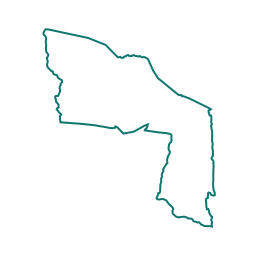 outline of Cansanção, Bahia, Brazil, rotated 10°
{"feature_id": "56859067B78734570227472", "entity_name": "Cansanção", "entity_type": "district", "adm_level": 2, "iso_a3": "BRA", "parent_name": "Brazil", "parent_adm1": "Bahia", "projection": "mercator", "projection_center": [-39.43, -10.77], "detail": "fine", "context": "isolated", "style": "outline", "palette": "teal", "viewbox_px": 256, "rotation_deg": 10, "n_neighbors": 0, "source": "geoboundaries", "source_scale": "gbopen_adm2", "svg_char_len": 4075}
<svg xmlns="http://www.w3.org/2000/svg" viewBox="0 0 256 256"><g transform="rotate(10 128 128)"><path d="M227.7,210.5L227.1,208.3L227.1,206.6L226.8,205.4L226.0,204.2L225.9,203.1L226.3,202.0L226.3,200.9L224.8,200.0L223.7,198.6L222.9,197.8L222.5,196.2L221.8,194.9L221.1,193.9L219.8,194.3L219.2,192.7L218.7,191.6L218.5,190.2L218.1,188.5L217.8,187.3L217.2,185.6L217.3,184.0L218.8,183.0L218.6,181.7L218.5,180.2L218.1,178.6L218.6,177.6L220.2,177.6L221.0,179.0L222.3,179.7L223.6,179.8L225.1,179.1L224.8,177.3L224.3,176.1L223.6,175.1L222.8,173.9L222.7,172.6L222.1,170.9L221.7,169.5L221.5,167.9L221.3,166.7L221.1,165.2L221.0,163.8L220.6,162.0L220.4,160.9L220.1,159.2L219.9,157.9L219.7,156.8L219.6,155.5L219.4,154.3L219.1,153.1L219.1,151.8L218.9,150.7L218.6,149.5L218.2,147.9L218.1,146.3L217.5,145.3L216.0,144.3L215.4,143.2L215.8,142.0L216.4,140.9L216.3,139.5L216.0,138.0L215.5,136.2L215.4,135.0L214.8,134.0L214.5,133.0L214.2,131.6L214.4,130.5L214.1,128.9L213.5,127.1L212.9,125.7L212.8,124.2L212.5,122.8L212.2,120.9L211.8,118.7L211.5,116.7L210.6,114.8L210.0,112.8L209.4,111.5L209.9,110.3L209.7,109.0L208.9,107.9L208.8,106.6L208.6,105.0L208.4,103.6L208.1,102.4L207.5,101.3L206.2,101.5L205.6,100.0L204.6,98.4L204.3,96.9L205.5,96.0L206.3,95.1L200.4,93.2L183.0,88.2L177.3,87.1L175.8,87.4L174.9,86.3L173.0,86.7L171.8,86.5L160.2,80.1L156.5,78.0L148.8,73.7L142.6,66.8L136.0,57.0L135.0,56.2L133.8,55.9L132.7,55.5L131.5,55.3L130.1,55.9L128.6,55.7L127.1,55.0L126.2,55.7L124.8,55.8L123.8,55.6L122.7,55.8L121.5,55.2L120.5,55.3L119.5,56.3L118.5,56.5L117.6,57.0L116.5,56.8L115.6,56.1L114.3,56.6L113.5,57.7L112.4,58.0L111.1,59.5L109.3,60.1L108.1,59.3L107.0,59.8L105.9,60.2L100.1,56.2L91.6,50.1L73.4,46.3L68.7,46.1L61.4,45.8L59.8,45.8L33.4,44.8L29.8,45.0L29.1,46.6L28.3,48.2L28.3,49.6L28.9,50.6L30.4,51.7L31.3,52.7L31.8,53.6L32.0,55.2L32.0,57.4L32.5,59.2L33.1,60.7L33.2,62.7L33.4,64.4L33.9,65.6L34.1,66.7L34.7,67.7L35.9,68.6L36.9,69.9L36.6,71.7L36.1,72.7L36.0,73.7L37.1,75.4L37.5,77.6L37.2,79.4L37.6,81.0L38.5,82.2L39.6,83.1L40.7,83.8L42.2,85.0L44.1,85.4L44.6,86.7L45.4,87.9L47.0,88.2L48.9,88.4L49.8,89.9L50.5,90.6L51.6,91.4L52.8,91.9L54.0,92.1L55.0,93.1L55.2,94.5L54.4,95.3L54.0,96.6L54.1,97.8L53.7,98.9L53.7,100.6L54.4,101.9L54.7,103.4L54.5,104.8L54.2,105.9L53.9,107.3L53.6,108.5L52.5,108.7L51.4,109.0L50.8,109.8L51.1,111.1L51.9,112.3L52.3,113.3L52.7,114.8L53.9,115.6L54.8,116.3L55.7,117.2L55.7,118.5L56.1,119.8L55.1,120.6L54.5,122.0L55.9,123.1L56.9,124.2L58.0,125.0L59.2,125.8L59.9,126.6L59.1,127.6L58.8,128.7L59.5,130.1L59.5,131.4L60.0,132.4L60.5,134.1L79.4,132.2L80.7,132.1L94.3,131.1L100.5,131.1L103.5,131.0L108.1,131.1L110.1,131.1L112.6,130.9L115.0,130.1L115.2,128.7L117.4,129.2L118.9,130.3L119.8,130.9L121.8,132.4L124.5,134.3L134.6,130.5L135.7,129.5L143.9,122.8L147.0,121.0L146.7,122.8L146.6,124.1L146.2,125.3L145.3,126.2L145.0,127.4L158.9,127.0L166.4,126.4L171.1,126.6L171.9,127.5L172.3,128.4L172.3,130.0L172.7,131.3L173.1,132.9L172.9,134.3L171.9,135.3L171.3,137.0L171.3,138.9L171.4,140.9L172.2,142.7L173.3,144.0L173.4,145.5L173.2,146.6L172.7,147.7L172.4,148.7L172.2,150.1L172.0,151.2L172.1,152.7L172.5,154.5L172.9,155.9L171.9,156.9L171.6,158.0L171.0,159.4L170.3,161.1L169.8,162.7L170.4,164.1L170.0,165.3L169.5,166.8L169.4,168.3L170.0,170.0L169.4,171.6L169.6,172.9L169.8,174.0L170.1,175.5L169.8,177.6L169.7,179.0L170.1,180.5L170.2,182.0L170.5,183.6L170.7,185.1L170.3,186.6L169.1,186.9L169.2,188.5L168.7,190.4L168.3,192.0L169.2,193.0L170.8,193.1L172.1,192.6L173.3,192.2L174.8,191.9L176.1,192.1L177.2,192.3L178.4,192.7L179.3,193.8L180.2,194.5L181.4,195.7L182.5,196.5L183.6,197.1L184.6,197.8L185.8,198.6L186.6,200.2L186.2,202.0L186.5,203.3L186.9,204.5L187.8,205.2L188.8,205.7L189.8,206.4L191.2,207.0L192.4,207.2L193.7,207.2L195.1,206.6L196.7,206.1L198.1,205.8L199.2,205.6L200.2,205.7L201.7,206.0L203.1,206.7L204.5,206.4L206.0,206.3L207.5,206.8L208.3,208.1L209.5,208.6L211.2,208.6L212.8,209.0L214.2,208.5L215.7,209.3L216.5,210.2L217.6,210.5L218.9,210.8L219.9,211.2L221.3,211.1L222.4,211.0L223.5,210.9L225.0,210.5L226.3,210.4L227.7,210.5Z" fill="none" stroke="#0f766e" stroke-width="2"/></g></svg>